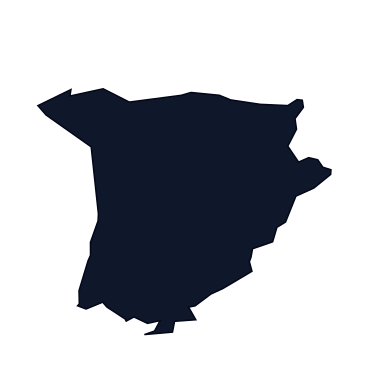 Davidson, Tennessee, United States of America (Equal Earth projection), rotated 75°
{"feature_id": "52423323B37401868728279", "entity_name": "Davidson", "entity_type": "district", "adm_level": 2, "iso_a3": "USA", "parent_name": "United States of America", "parent_adm1": "Tennessee", "projection": "equal_earth", "projection_center": [-86.739, 36.187], "detail": "fine", "context": "isolated", "style": "filled", "palette": "ink", "viewbox_px": 384, "rotation_deg": 75, "n_neighbors": 0, "source": "geoboundaries", "source_scale": "gbopen_adm2", "svg_char_len": 867}
<svg xmlns="http://www.w3.org/2000/svg" viewBox="0 0 384 384"><g transform="rotate(75 192 192)"><path d="M272.3,332.0L277.6,324.6L275.3,306.8L281.1,304.0L297.3,289.5L299.7,289.0L297.7,280.4L307.4,269.0L308.0,256.1L316.6,264.2L317.4,274.9L322.3,247.1L312.4,242.3L316.4,221.4L302.3,225.1L302.8,218.5L295.5,200.3L293.2,187.0L284.1,154.6L274.1,154.6L270.3,151.9L262.5,148.2L261.0,127.0L248.1,119.1L245.2,109.4L222.9,92.7L219.7,73.2L210.9,53.5L206.5,52.0L201.9,59.2L193.4,62.2L189.0,70.4L190.7,81.3L172.5,87.6L158.4,74.8L147.8,73.5L139.1,62.5L131.9,61.7L129.9,66.6L133.3,77.1L125.0,103.3L113.1,130.7L105.6,140.6L95.6,167.2L95.8,177.4L88.9,229.3L69.3,251.1L67.7,285.1L61.7,282.4L68.7,318.5L79.9,313.0L122.3,277.7L189.0,288.1L195.7,290.3L214.3,303.1L226.8,306.4L231.5,310.2L258.1,326.7L270.8,329.8L272.3,332.0Z" fill="#0f172a" stroke="#020617" stroke-width="1.5"/></g></svg>